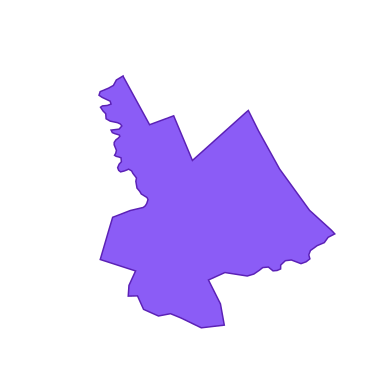 the district of Rosario, Colonia, Uruguay, rotated 155°
{"feature_id": "84410073B61411405637376", "entity_name": "Rosario", "entity_type": "district", "adm_level": 2, "iso_a3": "URY", "parent_name": "Uruguay", "parent_adm1": "Colonia", "projection": "orthographic", "projection_center": [-57.344, -34.328], "detail": "fine", "context": "isolated", "style": "filled", "palette": "violet", "viewbox_px": 384, "rotation_deg": 155, "n_neighbors": 0, "source": "geoboundaries", "source_scale": "gbopen_adm2", "svg_char_len": 1447}
<svg xmlns="http://www.w3.org/2000/svg" viewBox="0 0 384 384"><g transform="rotate(155 192 192)"><path d="M274.6,202.6L285.0,190.9L303.7,169.6L276.5,144.3L288.6,134.0L293.8,124.6L290.6,123.2L285.3,120.9L285.5,106.1L274.8,93.8L262.9,90.8L255.6,82.9L241.0,65.0L219.0,57.7L213.5,78.6L214.3,105.3L196.2,105.1L177.4,92.5L170.6,91.5L164.0,92.6L159.8,93.6L154.5,91.7L151.9,86.3L148.1,84.9L144.2,84.8L142.5,88.3L136.4,90.3L130.7,88.4L123.5,81.0L118.0,80.5L113.4,81.6L112.7,85.7L109.4,88.9L101.2,90.5L93.5,90.2L87.8,93.4L80.3,93.7L81.8,98.4L93.2,125.7L102.9,175.8L105.9,219.1L106.5,242.1L109.5,241.3L178.3,220.4L176.4,268.8L202.0,270.9L205.5,325.3L205.5,325.5L205.4,326.3L213.2,325.5L218.2,321.8L223.8,321.4L232.8,321.8L235.4,319.0L233.5,315.8L230.1,311.7L227.8,308.9L228.2,305.9L232.1,306.2L236.8,307.9L239.1,307.5L238.4,303.0L237.1,299.4L238.9,294.7L236.2,290.8L230.2,286.3L228.2,283.9L227.7,281.5L231.5,279.8L237.0,281.6L239.2,282.3L239.1,279.5L237.2,277.4L235.1,275.6L233.7,274.2L233.9,272.9L236.5,271.9L238.8,271.5L241.5,269.9L242.6,267.7L242.9,261.7L244.8,259.3L246.7,258.0L245.7,256.4L243.8,254.9L241.9,253.0L243.2,249.3L246.3,248.0L249.1,245.5L249.3,242.6L248.2,240.4L244.6,239.7L241.6,239.5L239.8,239.5L237.8,236.6L237.7,234.0L237.2,231.6L236.4,228.2L238.4,225.4L240.2,218.8L239.1,214.7L238.8,211.6L235.1,206.0L235.1,203.7L237.9,200.7L240.2,199.2L242.7,198.6L255.7,201.3L274.6,202.6Z" fill="#8b5cf6" stroke="#5b21b6" stroke-width="1.5"/></g></svg>